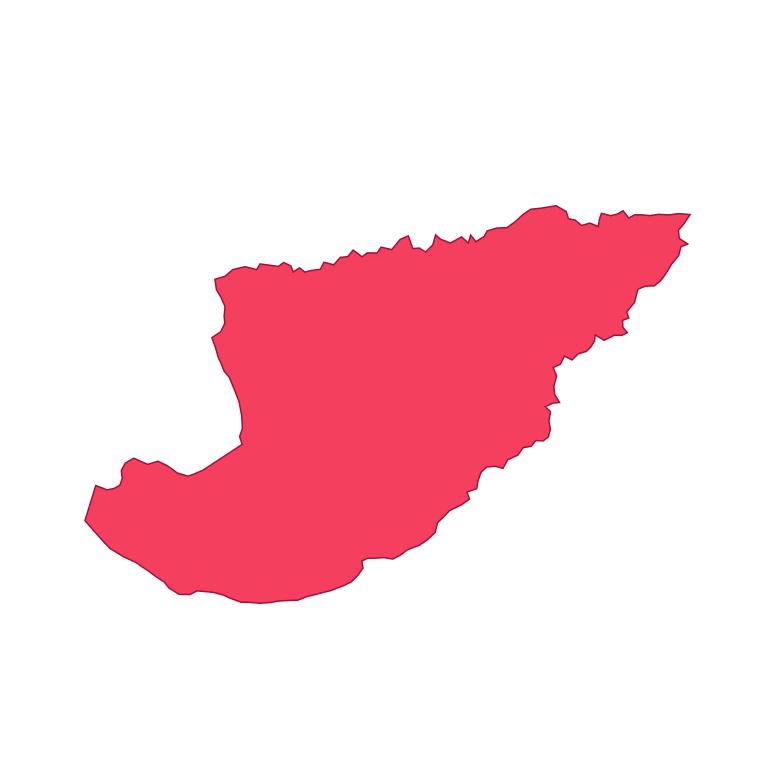 Farol, Paraná, Brazil, rotated 112°
{"feature_id": "56859067B49307783824328", "entity_name": "Farol", "entity_type": "district", "adm_level": 2, "iso_a3": "BRA", "parent_name": "Brazil", "parent_adm1": "Paraná", "projection": "orthographic", "projection_center": [-52.642, -24.124], "detail": "fine", "context": "isolated", "style": "filled", "palette": "rose", "viewbox_px": 768, "rotation_deg": 112, "n_neighbors": 0, "source": "geoboundaries", "source_scale": "gbopen_adm2", "svg_char_len": 2595}
<svg xmlns="http://www.w3.org/2000/svg" viewBox="0 0 768 768"><g transform="rotate(112 384 384)"><path d="M140.4,154.8L138.4,164.8L131.1,168.6L123.7,166.1L112.2,163.6L115.7,174.8L120.4,183.0L123.9,193.1L128.2,200.4L130.6,208.5L133.2,214.9L138.4,219.3L133.8,227.2L139.3,231.6L143.0,236.9L144.3,246.3L150.3,246.0L157.7,244.4L157.7,253.4L163.0,260.2L160.4,268.2L161.7,274.9L155.8,279.7L154.2,291.2L162.4,304.7L167.0,313.4L174.9,318.7L184.1,323.0L192.9,328.5L197.1,337.7L203.4,345.7L209.6,346.4L217.6,352.1L213.5,359.4L221.8,358.6L218.5,367.2L228.3,375.1L228.6,385.8L226.4,392.0L236.9,390.9L246.1,394.9L244.7,402.1L247.6,408.1L237.5,417.0L244.0,423.2L256.5,427.2L258.2,438.0L265.1,439.4L268.7,448.6L274.3,452.0L271.4,462.8L279.5,465.3L283.0,472.0L292.3,475.2L293.6,485.3L301.5,486.0L306.1,494.2L309.9,499.3L308.0,505.9L314.1,510.1L309.3,514.8L309.0,522.6L314.5,525.9L316.8,535.0L319.1,543.9L325.6,544.9L327.3,556.8L334.6,567.1L343.6,571.7L350.3,580.0L359.3,574.7L365.1,567.1L371.8,560.4L381.3,557.5L387.3,554.3L396.7,555.0L405.6,561.0L413.2,554.0L421.3,547.8L425.9,542.8L432.1,536.9L435.8,529.9L446.9,519.0L455.0,511.6L466.3,504.3L478.3,498.6L486.8,498.2L493.1,492.9L531.6,519.5L538.5,526.2L542.9,531.2L543.9,542.4L540.9,554.3L540.3,564.7L547.0,572.9L546.6,588.3L554.2,594.2L562.5,595.2L569.6,591.3L576.9,591.0L582.1,595.3L585.9,601.1L586.1,613.2L622.7,610.1L628.9,597.9L635.5,584.5L639.2,576.3L640.5,568.0L641.7,561.2L642.4,547.1L644.3,539.0L645.7,532.1L647.9,523.9L650.0,513.4L653.7,507.0L655.8,495.1L651.9,485.1L645.8,479.7L641.2,464.6L639.8,453.8L640.2,447.1L639.9,434.8L636.9,426.9L633.7,416.8L629.1,407.2L625.2,401.3L619.5,389.3L616.6,382.7L609.9,375.8L604.9,368.7L599.7,361.8L595.3,355.7L590.7,351.0L585.9,345.7L579.4,340.0L571.4,336.6L562.6,334.5L556.6,338.2L551.8,334.2L549.1,327.7L544.9,318.8L543.0,310.2L536.1,304.4L529.2,300.4L520.4,291.0L512.8,285.7L502.6,281.0L492.5,282.4L484.4,278.8L476.7,275.7L466.6,266.6L458.7,261.6L453.1,266.6L446.3,258.8L438.4,260.6L429.2,260.9L422.4,257.6L418.5,249.7L417.7,242.1L407.9,240.9L399.8,233.3L390.9,231.1L386.6,224.2L379.7,222.1L377.1,215.0L371.6,211.8L363.7,212.7L356.4,217.3L347.3,219.2L344.6,226.0L338.5,220.3L335.4,214.3L329.8,221.8L322.3,225.7L311.9,226.9L305.3,233.3L299.6,227.9L290.6,227.2L291.2,218.6L283.3,215.3L278.0,208.6L271.9,206.0L265.3,204.9L259.4,206.6L261.0,196.2L252.5,188.7L249.9,181.8L245.3,177.6L242.0,183.7L235.7,186.6L231.1,181.8L226.2,185.9L214.5,182.3L201.0,184.1L195.4,178.4L191.8,170.1L184.6,166.2L176.1,164.0L164.9,162.2L154.5,158.9L145.5,160.1L140.4,154.8Z" fill="#f43f5e" stroke="#9f1239" stroke-width="1.5"/></g></svg>